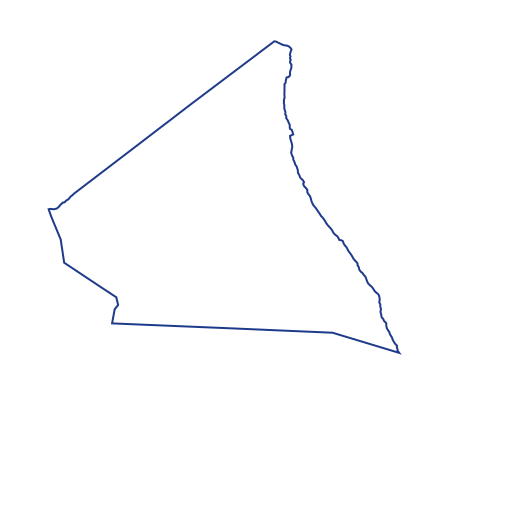 Currais, Piauí, Brazil, rotated 142°
{"feature_id": "56859067B97651801569527", "entity_name": "Currais", "entity_type": "district", "adm_level": 2, "iso_a3": "BRA", "parent_name": "Brazil", "parent_adm1": "Piauí", "projection": "equal_earth", "projection_center": [-44.85, -8.733], "detail": "fine", "context": "isolated", "style": "outline", "palette": "blue", "viewbox_px": 512, "rotation_deg": 142, "n_neighbors": 0, "source": "geoboundaries", "source_scale": "gbopen_adm2", "svg_char_len": 2513}
<svg xmlns="http://www.w3.org/2000/svg" viewBox="0 0 512 512"><g transform="rotate(142 256 256)"><path d="M100.8,396.9L100.7,398.7L101.1,401.0L102.1,402.8L103.9,404.5L105.2,406.4L107.0,410.1L108.2,412.6L109.4,413.9L214.9,415.7L241.3,415.9L246.2,416.0L279.0,416.3L361.4,417.2L363.0,416.9L365.2,417.0L369.0,416.2L371.6,416.6L373.1,416.2L374.4,416.4L375.6,417.1L377.1,416.8L378.7,416.8L380.5,416.2L383.5,416.0L386.3,417.1L388.0,418.7L389.1,419.8L390.6,420.5L392.9,413.8L395.0,406.3L399.7,389.3L411.3,368.8L396.5,324.3L391.5,309.5L394.8,302.3L400.2,301.0L410.9,291.5L332.0,224.4L326.8,220.0L242.9,148.4L202.8,91.5L202.7,94.4L201.8,95.5L201.4,97.1L200.1,98.6L200.4,100.9L200.2,103.6L199.8,106.0L199.0,108.2L198.8,110.4L198.5,112.3L197.8,113.8L197.7,115.9L197.4,118.4L196.8,119.7L196.0,121.3L194.7,122.9L195.1,126.0L194.5,128.2L194.8,130.1L194.1,131.6L193.3,132.9L192.3,135.4L190.2,137.2L189.2,139.6L187.9,141.3L187.4,143.6L185.4,145.4L184.2,147.4L183.5,148.8L183.2,150.7L184.1,154.7L183.9,156.8L183.7,160.1L184.2,162.5L184.5,165.0L184.3,166.7L183.7,168.7L183.1,170.3L182.5,172.5L182.7,174.3L182.6,177.4L183.1,179.0L183.0,181.7L181.8,184.2L181.7,186.0L180.5,187.9L180.9,193.3L180.5,196.1L180.2,198.3L180.1,203.0L179.3,207.0L179.4,208.9L179.4,210.5L179.2,212.0L178.4,214.1L178.9,215.6L180.5,217.5L180.0,219.0L179.8,221.5L180.6,224.5L180.7,226.7L180.3,228.9L180.1,231.0L180.5,235.8L180.4,239.0L180.0,241.4L179.8,245.4L180.1,247.2L179.8,250.4L179.5,254.8L179.4,256.6L179.4,258.3L179.5,261.0L178.8,264.3L177.4,267.6L176.6,269.8L176.6,273.1L176.2,275.0L174.9,276.3L174.8,278.8L175.1,281.8L174.4,283.8L172.7,284.6L172.4,287.1L172.8,289.2L172.8,290.9L172.0,293.4L171.7,295.8L170.2,297.8L169.6,299.6L168.8,301.8L168.8,303.9L168.1,305.5L167.6,307.0L167.3,309.0L166.1,310.6L165.8,312.7L165.2,314.4L164.6,315.9L163.1,317.1L161.6,318.6L160.5,319.3L159.1,321.4L158.1,323.7L157.4,325.5L156.5,327.8L155.2,329.7L153.7,329.3L151.9,328.9L150.8,331.3L150.2,333.4L150.9,335.4L149.9,337.0L148.6,338.7L148.1,341.2L147.5,343.2L147.3,346.1L146.0,347.6L145.7,349.7L144.2,351.3L143.2,354.2L142.2,355.8L141.0,357.0L140.0,359.3L138.9,360.4L138.0,361.8L136.1,363.0L134.0,366.1L132.1,368.3L130.8,370.0L128.8,372.4L127.9,373.8L126.2,374.2L124.9,375.5L123.4,376.8L121.9,377.9L120.6,377.1L119.3,377.0L117.6,377.7L116.5,379.4L115.1,380.7L114.1,381.4L112.6,382.2L111.5,383.5L110.3,384.8L110.1,387.5L109.2,388.5L108.0,389.1L107.5,390.9L106.0,392.0L105.4,393.8L104.1,394.8L102.1,396.2L100.8,396.9Z" fill="none" stroke="#1e3a8a" stroke-width="2"/></g></svg>